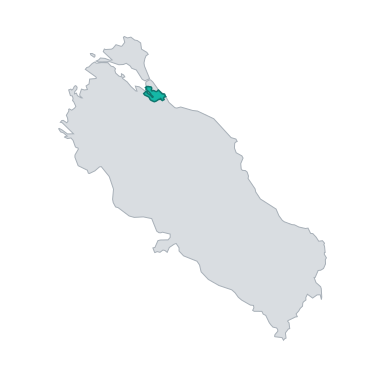 Turkey, with Kocaeli highlighted, rotated 45°
{"feature_id": "TUR-2266", "entity_name": "Kocaeli", "entity_type": "Province", "adm_level": 1, "iso_a3": "TUR", "parent_name": "Turkey", "parent_adm1": "", "projection": "natural_earth1", "projection_center": [29.739, 40.883], "detail": "fine", "context": "in_parent", "style": "filled", "palette": "teal", "viewbox_px": 384, "rotation_deg": 45, "n_neighbors": 0, "source": "natural_earth", "source_scale": "10m", "svg_char_len": 5029}
<svg xmlns="http://www.w3.org/2000/svg" viewBox="0 0 384 384"><g transform="rotate(45 192 192)"><path d="M299.6,135.5L305.1,137.4L306.9,136.0L311.9,136.2L316.4,137.2L318.7,134.2L321.9,134.5L322.5,136.1L324.0,136.6L328.9,140.6L328.4,141.1L329.6,142.5L333.6,143.5L334.1,145.5L337.3,148.5L339.1,153.1L338.3,156.3L336.7,158.3L339.5,165.3L338.8,166.1L343.8,168.4L349.9,168.0L351.8,169.0L358.0,174.5L359.6,176.6L355.4,174.0L353.2,176.3L352.3,181.7L345.9,182.7L347.1,186.2L348.9,187.8L348.5,191.1L349.0,192.4L350.9,194.6L350.8,197.6L351.6,200.8L351.8,204.6L354.6,205.7L353.4,207.5L350.8,215.1L351.0,215.8L353.1,215.9L357.7,219.5L357.0,220.7L357.7,225.6L361.8,228.8L361.3,230.4L361.5,232.1L358.6,231.3L353.0,235.7L352.4,235.6L351.5,234.1L351.1,229.7L349.7,228.6L347.9,228.3L344.8,230.3L342.0,230.2L339.1,229.8L331.4,227.1L328.7,228.0L325.8,227.0L320.3,232.4L318.6,232.8L317.7,230.2L315.7,228.7L313.2,230.7L303.6,233.3L299.2,233.7L293.7,232.8L289.2,233.1L277.1,239.1L265.4,242.3L254.9,242.0L249.0,238.3L244.5,237.4L231.2,243.1L224.6,242.9L222.3,240.6L217.2,239.6L216.2,241.8L215.2,247.3L217.1,252.2L214.2,252.5L212.5,253.6L212.0,257.3L209.5,258.8L208.6,261.1L208.2,261.1L203.9,259.2L205.0,257.4L202.3,250.5L203.5,248.4L208.9,242.8L208.7,239.5L206.3,237.2L199.5,241.3L198.8,242.9L197.3,244.2L194.7,244.6L182.3,239.3L175.2,244.0L169.1,250.8L164.5,253.4L150.9,255.3L148.5,256.6L143.8,255.2L141.0,253.3L134.5,245.5L122.6,239.6L109.9,238.2L108.8,239.7L108.4,245.7L106.4,251.4L105.4,252.0L102.6,250.6L92.9,253.9L84.6,250.2L83.1,248.6L81.3,242.0L80.1,241.5L78.7,242.5L77.3,242.4L71.4,239.6L68.2,239.4L66.2,242.2L63.1,243.3L63.0,242.5L64.3,240.7L59.3,241.1L56.6,242.4L53.0,241.6L53.2,240.9L56.2,240.0L62.9,239.0L67.1,234.6L51.2,234.8L49.6,235.8L49.4,233.5L50.3,232.4L54.5,231.6L54.3,229.7L51.7,227.7L48.9,226.6L47.7,221.9L46.3,220.7L46.5,220.0L49.1,219.2L49.7,215.7L49.3,213.6L44.2,211.7L43.0,211.9L41.8,210.0L39.6,208.7L37.8,209.8L32.6,207.0L33.6,204.9L34.9,205.0L35.1,203.4L34.2,200.7L34.3,199.3L35.4,198.9L36.7,199.2L37.9,200.8L38.1,203.8L39.5,205.7L40.4,203.8L42.8,204.9L47.0,203.9L47.8,203.1L44.7,203.2L43.6,202.4L41.1,197.4L43.7,196.0L45.6,193.5L42.1,191.9L42.8,188.4L39.8,184.5L43.9,179.6L43.7,178.9L42.4,178.6L29.8,180.7L29.6,178.4L30.6,176.5L30.6,171.7L31.2,169.1L33.5,168.4L36.4,164.6L41.1,160.1L45.9,160.2L47.8,159.0L50.7,158.9L51.5,160.6L54.0,161.9L58.4,161.7L60.6,160.5L58.5,158.3L61.0,157.6L63.1,158.1L62.0,160.5L62.6,160.8L68.3,160.0L74.3,160.6L80.9,160.3L81.8,159.6L77.1,157.2L80.1,155.0L81.8,154.6L95.6,152.7L95.7,152.2L87.2,151.1L82.8,148.3L81.6,146.7L82.5,143.0L83.4,142.0L86.5,141.9L96.9,143.6L104.4,142.6L112.5,145.0L120.3,144.5L121.9,143.4L123.9,139.9L134.8,133.9L138.6,130.9L155.6,124.8L181.2,125.9L185.6,123.5L188.2,124.3L187.6,125.9L187.7,127.3L190.9,130.9L195.5,133.0L201.7,131.2L204.1,131.9L206.4,137.5L210.5,140.9L212.3,141.1L214.6,139.1L216.9,138.9L220.7,140.8L222.1,142.8L234.4,145.2L237.0,146.9L245.3,148.6L263.5,144.6L270.2,147.3L275.9,148.2L278.3,147.8L285.6,144.5L287.8,142.7L292.3,141.2L298.0,137.6L299.6,135.5ZM63.7,125.6L63.2,128.1L64.3,130.9L66.8,134.7L69.4,136.6L81.8,141.8L80.1,146.7L77.0,147.5L66.3,145.1L62.0,147.1L58.9,146.6L54.5,147.5L53.3,150.4L50.2,153.8L41.7,158.0L33.8,166.2L31.6,167.3L32.6,164.5L32.5,162.0L36.0,159.1L40.8,156.9L42.1,155.1L30.0,155.5L28.9,152.9L30.1,152.4L34.1,147.9L34.5,146.1L34.1,141.6L38.9,139.1L39.3,138.1L38.6,133.7L34.1,131.1L34.2,129.9L37.4,128.7L39.3,125.7L44.0,125.1L46.2,123.6L50.3,122.9L55.3,126.7L61.3,125.2L63.7,125.6ZM27.5,165.9L23.4,166.6L22.2,165.9L23.5,164.6L26.6,163.7L27.6,165.0L27.5,165.9Z" fill="#d9dde1" stroke="#a8b0b8" stroke-width="1"/><path d="M96.3,143.6L100.8,143.7L101.2,143.7L101.5,143.6L101.9,143.3L102.2,143.2L102.3,143.1L102.4,142.8L102.6,142.7L102.7,142.8L102.9,142.6L103.1,142.3L103.3,142.2L103.5,142.3L104.2,142.5L104.8,142.9L105.9,143.1L105.8,143.5L105.2,144.8L105.5,145.9L106.8,146.2L106.9,146.9L106.5,147.6L106.4,148.3L106.1,148.4L105.1,148.4L104.5,148.1L103.8,148.0L103.5,148.2L103.7,148.7L103.9,148.7L104.1,148.9L103.0,150.0L102.3,153.3L101.6,154.7L100.6,155.3L99.4,155.6L98.9,155.9L98.3,156.1L97.1,156.2L94.7,155.4L93.5,155.6L90.2,156.8L89.2,156.8L88.2,156.5L88.3,155.7L88.3,153.7L88.5,153.6L88.9,153.4L89.0,153.3L89.1,153.1L89.4,152.9L89.6,152.9L89.8,152.9L90.1,153.0L90.3,153.3L90.4,153.7L90.6,153.7L94.0,153.0L96.0,152.9L96.7,153.1L97.0,153.1L97.3,152.7L97.1,152.2L96.4,152.1L95.0,152.3L94.9,152.3L94.6,152.4L94.4,152.4L94.2,152.3L93.9,152.0L93.5,151.9L92.9,151.7L92.5,151.7L88.3,151.8L88.0,151.9L87.7,152.1L87.4,152.3L87.1,152.1L86.9,151.9L86.9,151.7L86.6,151.5L86.7,151.4L86.8,151.4L86.8,151.1L86.7,151.0L86.5,150.9L86.4,150.8L86.1,150.8L85.8,151.0L85.3,151.1L85.3,150.9L85.5,150.9L85.6,150.7L85.6,150.4L85.8,150.6L86.0,150.4L85.8,150.2L85.5,149.8L85.3,149.6L85.9,148.9L86.8,148.1L87.2,147.9L88.0,147.3L88.7,146.7L89.7,146.8L90.5,147.5L91.0,148.5L91.5,148.9L92.2,148.9L92.5,148.4L92.6,147.8L93.6,147.2L94.8,146.8L95.7,146.3L96.2,145.1L96.1,144.4L96.0,143.8L96.3,143.6Z" fill="#14b8a6" stroke="#0f766e" stroke-width="1.5"/></g></svg>